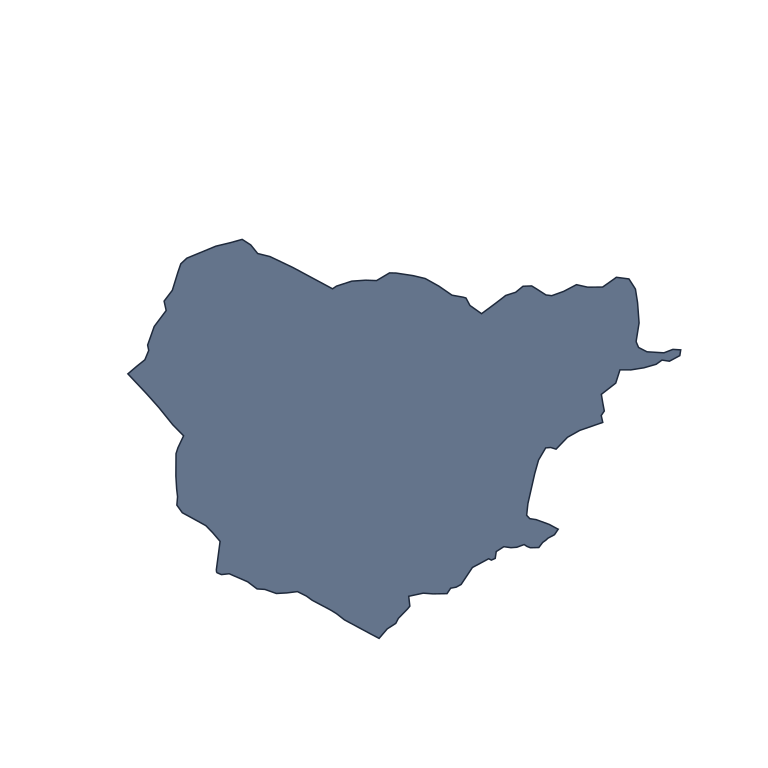 Mbam-et-Kim, Centre, Cameroon, rotated 227°
{"feature_id": "32672807B95944109326060", "entity_name": "Mbam-et-Kim", "entity_type": "district", "adm_level": 2, "iso_a3": "CMR", "parent_name": "Cameroon", "parent_adm1": "Centre", "projection": "natural_earth1", "projection_center": [11.781, 5.302], "detail": "fine", "context": "isolated", "style": "filled", "palette": "slate", "viewbox_px": 768, "rotation_deg": 227, "n_neighbors": 0, "source": "geoboundaries", "source_scale": "gbopen_adm2", "svg_char_len": 2175}
<svg xmlns="http://www.w3.org/2000/svg" viewBox="0 0 768 768"><g transform="rotate(227 384 384)"><path d="M362.5,134.7L360.8,133.4L359.8,133.2L355.5,135.1L350.8,141.4L347.0,143.0L332.3,149.4L320.7,151.4L315.0,156.8L304.2,162.4L299.8,167.7L297.6,170.3L291.2,179.1L281.9,182.6L274.7,184.0L255.7,190.6L248.6,192.6L238.5,194.2L220.5,200.3L209.9,203.9L201.3,206.9L202.7,219.4L200.9,229.4L202.8,234.7L203.4,247.8L203.9,251.4L211.9,257.3L204.3,270.0L197.1,276.7L187.7,287.1L189.2,293.5L186.2,298.2L184.8,303.7L189.5,323.5L184.8,341.4L182.0,342.4L180.6,346.4L184.9,351.8L184.2,355.6L183.3,360.7L177.7,365.2L174.0,369.8L171.0,377.0L167.7,377.8L165.6,378.8L164.5,379.3L158.8,385.7L159.9,391.9L159.7,393.7L159.4,395.7L159.4,398.8L157.5,405.9L159.0,412.4L160.0,412.0L168.6,409.1L181.2,402.7L182.4,401.7L186.1,398.8L190.7,398.8L198.4,407.7L199.2,408.9L214.9,432.0L215.6,433.0L223.0,445.2L227.0,458.7L224.5,461.8L223.9,462.6L219.0,465.4L219.9,481.8L216.8,494.6L216.5,495.7L206.7,517.8L212.8,521.4L214.0,526.7L220.8,531.0L228.2,535.9L226.6,554.1L233.4,566.2L226.7,573.4L226.0,574.1L219.7,583.5L218.6,585.1L212.8,596.5L211.9,603.6L206.0,608.3L203.0,619.7L206.6,624.3L212.3,618.9L215.9,610.0L228.2,598.3L237.1,595.1L242.9,597.2L243.7,598.1L254.7,612.2L270.4,624.8L271.1,625.3L281.9,632.6L283.8,633.0L293.8,634.8L303.6,626.7L303.9,623.9L305.8,610.0L312.3,602.9L315.9,599.0L325.4,592.5L329.2,578.6L334.2,566.9L336.4,565.1L338.6,563.2L350.0,560.3L355.0,558.9L360.7,552.3L361.3,542.8L362.7,539.9L365.8,533.3L366.0,530.4L367.0,520.1L368.9,503.3L382.8,500.4L391.0,502.6L393.5,501.1L402.6,494.3L418.1,490.9L433.0,486.1L443.4,479.2L456.9,468.5L461.5,463.8L464.7,449.1L472.5,441.3L481.2,430.6L488.0,416.0L488.7,411.3L531.4,396.8L555.0,387.5L565.6,380.6L576.6,381.4L586.5,378.9L592.2,367.9L599.5,355.0L610.5,325.6L610.5,317.4L606.3,309.5L596.9,293.1L594.6,279.7L586.3,274.8L582.8,255.2L573.7,237.7L569.0,234.8L564.8,225.6L565.6,215.1L566.1,203.6L538.3,203.7L520.5,203.3L498.2,201.7L482.8,202.1L477.9,189.8L474.9,184.4L458.6,169.0L448.8,160.9L442.3,156.1L436.7,149.9L427.4,148.7L417.2,152.1L401.9,157.1L392.1,157.3L380.7,156.8L362.5,134.7Z" fill="#64748b" stroke="#1e293b" stroke-width="1.5"/></g></svg>